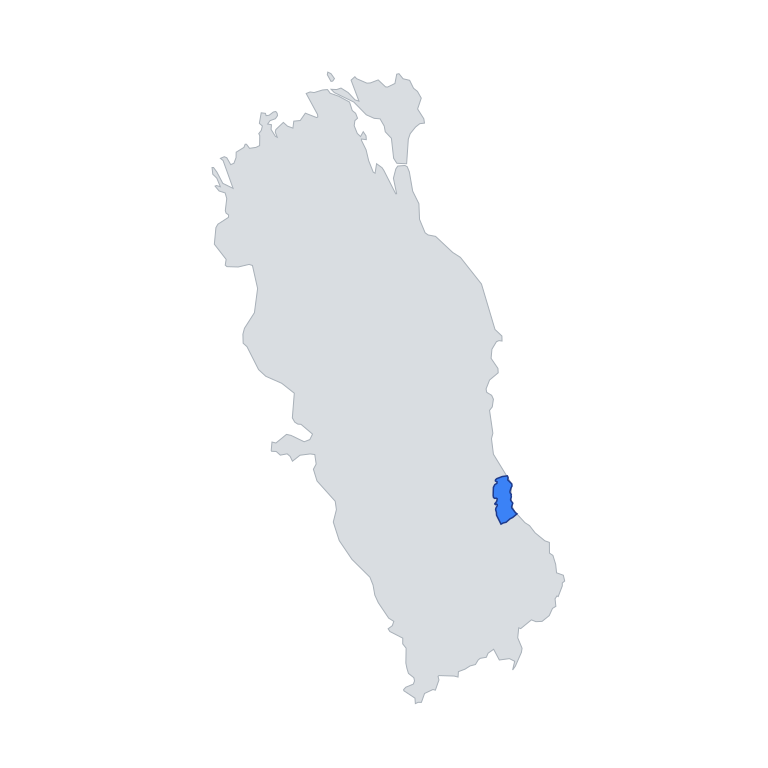 where Trabzon sits in Turkey, rotated 71°
{"feature_id": "TUR-2302", "entity_name": "Trabzon", "entity_type": "Province", "adm_level": 1, "iso_a3": "TUR", "parent_name": "Turkey", "parent_adm1": "", "projection": "natural_earth1", "projection_center": [39.741, 40.811], "detail": "coarse", "context": "in_parent", "style": "filled", "palette": "blue", "viewbox_px": 768, "rotation_deg": 71, "n_neighbors": 0, "source": "natural_earth", "source_scale": "10m", "svg_char_len": 4384}
<svg xmlns="http://www.w3.org/2000/svg" viewBox="0 0 768 768"><g transform="rotate(71 384 384)"><path d="M587.6,279.2L597.8,282.6L601.1,280.1L610.4,280.4L618.7,282.3L623.2,276.7L629.1,277.3L630.2,280.2L633.0,281.2L641.7,288.5L640.7,289.5L642.8,292.2L650.2,293.9L651.0,297.7L656.8,303.2L659.9,311.8L658.2,317.7L655.0,321.4L659.8,334.4L658.4,336.0L667.5,340.2L678.8,339.5L682.4,341.4L693.5,351.6L696.3,355.5L688.7,350.7L684.5,354.8L682.5,364.8L670.5,366.7L672.4,373.2L675.7,376.2L674.7,382.4L675.6,384.8L679.0,388.9L678.6,394.4L680.0,400.3L680.2,407.3L685.2,409.4L683.0,412.7L677.6,426.9L678.0,428.1L681.7,428.4L690.2,435.1L688.8,437.2L689.8,446.4L697.2,452.3L696.1,455.3L696.4,458.4L691.1,457.0L680.5,465.1L679.3,464.9L677.8,462.1L677.3,454.0L674.7,451.8L671.4,451.4L665.6,455.1L660.3,454.9L655.0,454.2L641.0,449.1L635.8,450.9L630.4,449.0L620.0,459.0L616.8,459.8L615.2,454.8L611.6,452.0L606.9,455.8L588.9,460.6L580.6,461.4L570.5,459.8L562.1,460.2L539.4,471.4L517.5,477.3L498.0,476.9L487.3,469.9L479.0,468.3L453.9,478.9L441.6,478.5L437.6,474.2L428.2,472.4L426.1,476.5L424.0,486.6L427.2,495.7L421.9,496.3L418.5,498.3L417.5,505.2L412.7,507.9L411.0,512.2L410.2,512.3L402.4,508.8L404.6,505.4L399.9,492.6L402.3,488.7L412.6,478.3L412.4,472.2L408.1,467.9L395.1,475.6L393.9,478.5L391.0,480.8L386.2,481.7L363.5,471.8L350.0,480.5L338.3,493.2L329.6,497.9L304.1,501.4L299.6,503.9L291.0,501.2L285.9,497.8L274.4,483.3L252.5,472.4L229.1,469.8L227.0,472.6L225.9,483.7L221.9,494.3L219.9,495.4L214.8,492.7L196.6,498.9L181.4,492.0L178.8,489.0L175.8,476.8L173.5,475.9L171.0,477.7L168.4,477.6L157.5,472.3L151.6,472.0L147.8,477.1L141.9,479.3L141.8,477.8L144.2,474.5L134.9,475.1L129.9,477.6L123.3,476.1L123.8,474.7L129.3,473.0L141.8,471.1L149.9,463.0L120.3,463.4L117.4,465.2L117.1,461.0L118.9,459.0L126.7,457.5L126.4,454.0L121.8,450.2L116.7,448.3L114.7,439.4L112.1,437.2L112.5,436.0L117.4,434.4L118.6,428.0L118.1,424.0L108.7,420.6L106.5,420.9L104.3,417.5L100.4,415.0L97.0,417.0L87.6,411.8L89.5,408.0L91.9,408.1L92.5,405.1L90.8,400.1L91.1,397.6L93.2,396.9L95.6,397.3L97.8,400.3L97.9,406.0L100.3,409.4L102.2,406.0L106.5,407.9L114.4,406.1L116.0,404.6L110.3,404.8L108.2,403.4L103.9,394.0L108.8,391.3L112.4,386.8L106.1,383.7L107.6,377.4L102.3,370.2L110.2,360.9L109.9,359.6L107.5,359.1L84.0,363.0L83.8,358.8L85.7,355.2L86.0,346.4L87.2,341.6L91.6,340.2L97.2,333.1L106.2,324.8L115.1,325.0L118.8,322.7L124.1,322.5L125.5,325.8L130.1,328.1L138.4,327.7L142.4,325.6L138.7,321.5L143.5,320.2L147.2,321.2L145.0,325.6L146.1,326.0L156.8,324.7L167.9,325.8L180.2,325.2L181.8,323.8L173.3,319.3L178.9,315.4L182.1,314.6L208.0,311.0L208.2,310.1L192.5,308.1L184.5,302.8L182.4,300.0L184.2,293.1L186.1,291.3L191.7,291.0L211.0,294.1L224.9,292.3L239.9,296.8L254.4,295.9L257.4,293.8L261.2,287.2L282.0,276.2L289.2,270.5L321.2,259.3L368.6,261.3L377.0,256.9L381.8,258.4L380.4,261.2L380.6,263.9L386.2,270.6L394.6,274.4L406.4,271.2L410.6,272.4L414.6,282.9L421.9,289.1L425.3,289.6L429.8,285.9L434.0,285.5L440.9,289.1L443.3,292.8L466.0,297.1L470.7,300.2L486.0,303.4L520.0,295.9L532.4,301.0L542.8,302.6L547.3,301.9L561.0,295.9L565.3,292.5L573.9,289.6L584.6,283.0L587.6,279.2ZM150.5,260.8L149.5,265.4L151.3,270.5L155.8,277.7L160.4,281.3L183.1,290.9L179.5,300.0L173.7,301.4L154.1,297.0L145.9,300.7L140.2,299.8L132.0,301.4L129.6,306.8L123.7,313.1L107.5,320.8L92.3,336.1L88.1,338.1L90.2,332.9L90.2,328.3L96.8,323.0L105.9,318.9L108.4,315.6L86.0,316.2L84.0,311.5L86.4,310.5L94.0,302.2L94.9,298.8L94.6,290.5L103.6,285.8L104.4,283.9L103.4,275.8L95.2,271.1L95.5,268.8L101.6,266.6L105.2,260.9L114.0,259.8L118.2,257.1L125.8,255.7L134.9,262.7L146.2,260.0L150.5,260.8ZM80.6,335.6L73.1,336.9L70.8,335.6L73.3,333.1L79.1,331.4L80.9,333.9L80.6,335.6Z" fill="#d9dde1" stroke="#a8b0b8" stroke-width="1"/><path d="M511.0,297.3L512.7,297.1L515.0,298.2L520.1,295.7L522.2,296.2L523.5,297.7L526.6,299.9L527.9,300.2L529.9,299.6L530.8,300.2L532.1,300.3L534.1,301.8L535.3,302.1L538.6,301.0L541.5,303.3L542.8,303.5L548.5,301.6L550.1,300.5L552.1,305.8L552.5,308.7L554.5,313.6L554.2,316.4L554.6,319.0L544.7,320.3L542.0,319.5L539.2,319.4L537.9,318.7L535.9,316.5L534.9,316.2L534.2,316.7L534.4,317.7L533.9,318.2L533.3,318.2L531.7,315.7L529.5,314.3L528.5,315.0L528.1,316.7L526.9,317.4L525.0,317.1L517.3,314.2L515.2,312.0L514.7,309.6L513.3,308.9L512.1,310.2L511.4,310.1L510.8,309.6L510.2,308.1L510.0,302.3L511.0,297.3Z" fill="#3b82f6" stroke="#1e3a8a" stroke-width="1.5"/></g></svg>